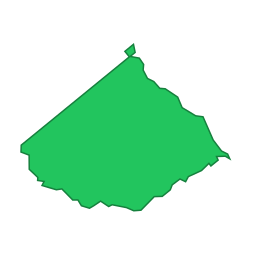 Telfair, Georgia, United States of America (Robinson projection), rotated 6°
{"feature_id": "52423323B57520474770079", "entity_name": "Telfair", "entity_type": "district", "adm_level": 2, "iso_a3": "USA", "parent_name": "United States of America", "parent_adm1": "Georgia", "projection": "robinson", "projection_center": [-82.902, 31.964], "detail": "fine", "context": "isolated", "style": "filled", "palette": "green", "viewbox_px": 256, "rotation_deg": 6, "n_neighbors": 0, "source": "geoboundaries", "source_scale": "gbopen_adm2", "svg_char_len": 801}
<svg xmlns="http://www.w3.org/2000/svg" viewBox="0 0 256 256"><g transform="rotate(6 128 128)"><path d="M34.1,179.4L43.5,186.6L43.6,189.6L50.1,189.9L48.5,194.2L63.2,196.9L68.6,195.5L80.6,205.4L85.7,204.8L89.8,210.2L98.1,211.8L101.9,209.0L108.4,203.6L117.0,208.1L120.2,206.0L134.8,207.3L142.4,209.7L149.5,208.4L161.3,193.5L169.2,192.4L176.5,185.1L177.9,179.9L185.0,173.3L190.9,175.4L193.1,170.0L205.6,162.6L212.2,154.7L214.4,157.1L221.0,150.5L219.0,147.1L227.7,145.9L232.4,148.0L229.8,143.5L223.4,141.1L214.0,131.1L201.4,109.0L194.0,108.8L179.7,102.1L174.2,92.1L160.9,85.1L155.4,85.2L148.8,79.1L142.2,76.7L137.0,68.8L136.9,63.2L131.9,57.3L122.7,56.6L127.2,52.1L124.7,44.2L116.9,52.1L121.9,57.1L23.6,156.2L24.1,163.1L32.5,165.3L34.1,179.4Z" fill="#22c55e" stroke="#15803d" stroke-width="1.5"/></g></svg>